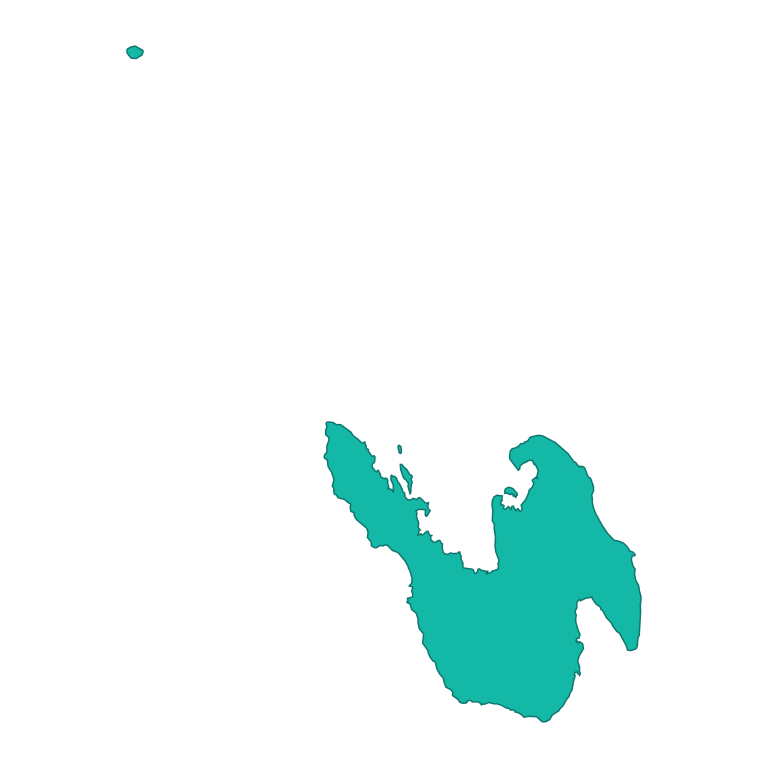 Kota Sabang, Aceh, Indonesia (Robinson projection)
{"feature_id": "22746128B78398648082643", "entity_name": "Kota Sabang", "entity_type": "district", "adm_level": 2, "iso_a3": "IDN", "parent_name": "Indonesia", "parent_adm1": "Aceh", "projection": "robinson", "projection_center": [95.289, 5.924], "detail": "fine", "context": "isolated", "style": "filled", "palette": "teal", "viewbox_px": 768, "rotation_deg": 0, "n_neighbors": 0, "source": "geoboundaries", "source_scale": "gbopen_adm2", "svg_char_len": 6125}
<svg xmlns="http://www.w3.org/2000/svg" viewBox="0 0 768 768"><path d="M492.3,520.6L494.4,524.8L494.2,528.4L495.5,537.4L495.0,545.4L495.8,551.8L498.8,559.7L498.8,562.1L497.8,563.7L498.6,565.6L497.9,568.9L496.4,570.0L492.6,570.9L491.0,572.5L488.7,573.3L487.3,573.1L487.3,571.9L487.9,571.6L487.6,571.1L486.9,571.5L487.0,573.9L486.6,574.0L486.7,572.5L485.2,571.0L481.6,570.4L479.4,568.9L477.9,569.3L477.4,571.6L475.7,573.6L474.3,572.9L473.4,570.0L472.6,569.3L463.4,567.9L462.8,567.0L463.0,563.5L461.0,559.0L461.2,556.5L460.2,554.4L459.8,552.0L458.9,552.0L457.4,553.4L452.8,553.6L450.7,552.9L447.7,554.5L444.2,553.6L442.8,551.3L442.2,546.9L442.4,543.9L441.1,542.9L440.0,540.6L438.4,540.4L435.0,542.4L433.3,542.0L430.8,539.6L430.7,535.9L431.9,535.5L431.7,534.8L431.7,535.4L430.6,535.8L429.7,535.2L428.0,531.3L426.5,531.5L423.0,534.8L421.3,534.9L420.9,533.7L417.1,535.7L418.7,534.0L418.5,531.2L420.3,530.2L418.3,527.6L418.6,522.4L417.3,519.6L416.4,515.5L417.0,513.7L416.0,510.8L419.4,509.3L425.4,509.7L425.3,515.3L426.1,516.2L427.0,516.0L430.2,510.6L428.8,509.5L427.5,506.0L428.4,504.0L428.4,502.6L426.9,503.2L425.3,502.8L419.8,497.6L418.2,498.0L416.4,499.8L413.4,498.3L410.4,500.0L407.5,499.7L405.0,496.8L404.6,493.0L402.8,491.7L402.0,488.8L399.4,483.6L397.9,482.0L396.3,477.9L394.4,476.3L392.6,476.5L391.7,475.2L391.0,475.8L391.0,479.8L393.2,484.7L393.5,491.8L392.5,491.4L391.9,489.7L389.9,489.0L389.5,488.3L387.9,488.8L388.6,486.0L387.5,482.9L387.8,480.6L387.0,478.8L386.1,478.1L384.2,478.7L380.7,476.9L380.4,474.6L378.4,470.3L377.1,470.9L376.7,471.9L375.9,471.8L372.6,467.7L371.9,464.6L374.6,462.0L375.0,456.9L374.0,455.7L372.5,456.2L371.6,455.9L368.5,451.3L368.2,449.4L366.2,448.5L366.2,445.9L365.3,444.5L364.9,442.1L364.3,442.0L362.8,443.2L361.9,443.0L357.4,438.8L353.1,435.7L351.1,432.3L340.7,424.7L336.3,424.6L333.1,422.5L328.8,422.0L327.1,422.1L326.1,423.1L326.8,427.3L325.6,430.6L325.8,434.8L328.5,437.0L329.0,440.2L326.9,445.8L326.9,452.2L324.7,454.7L324.2,457.1L324.5,458.0L327.3,460.0L328.2,466.8L331.5,472.0L333.6,478.3L333.8,480.4L332.3,486.1L334.2,488.6L333.7,490.2L334.3,494.1L336.3,494.9L338.2,497.8L344.4,499.4L348.3,502.7L350.8,503.9L350.1,507.3L350.9,511.4L354.0,512.7L354.4,516.2L356.8,519.9L366.9,528.4L368.1,532.6L367.4,537.4L371.2,542.0L371.4,545.8L374.4,547.6L376.2,547.8L380.3,545.4L382.7,545.9L385.5,544.9L387.5,545.4L392.5,550.5L398.2,552.6L405.3,561.3L408.0,566.2L408.6,568.7L409.9,570.5L412.1,578.4L411.7,583.1L409.3,586.0L412.4,586.9L412.7,587.5L411.7,591.1L412.8,594.5L412.7,596.0L411.9,597.2L407.4,598.4L408.0,601.0L406.9,601.9L407.0,602.5L410.0,603.8L411.7,609.5L416.2,613.2L418.1,619.0L418.0,622.4L419.2,628.5L423.6,634.1L422.7,643.2L427.7,650.2L428.4,653.3L430.3,657.5L433.0,661.0L435.3,662.0L436.7,668.1L439.3,673.5L443.4,678.3L444.1,682.3L446.1,687.3L450.9,689.7L452.8,692.1L452.6,695.6L458.3,699.6L459.5,701.9L460.5,702.6L463.6,703.4L466.3,702.8L467.0,702.4L467.4,700.7L469.0,700.4L470.9,700.6L472.4,701.9L477.5,701.8L480.0,702.9L481.4,704.8L482.5,704.1L484.8,704.1L488.8,702.5L494.4,703.9L496.3,703.7L501.0,705.0L506.8,708.2L509.0,708.3L510.4,710.0L513.3,709.9L515.2,711.1L515.1,712.0L517.7,712.5L520.9,714.2L524.1,717.2L528.3,716.3L536.6,716.7L541.8,721.5L543.9,721.9L546.3,721.5L549.6,719.6L552.3,715.0L558.8,710.8L559.6,709.2L563.1,705.6L566.3,699.9L569.3,695.9L569.7,693.7L572.1,689.7L573.4,681.6L574.8,677.2L575.0,675.3L574.3,674.2L575.0,672.4L577.0,671.8L577.6,673.6L578.3,673.4L579.6,675.3L580.4,673.7L579.4,671.2L579.6,667.0L577.7,661.2L579.0,656.3L583.5,648.4L582.6,643.9L579.9,641.8L578.2,643.1L577.9,641.5L577.1,641.1L576.5,642.0L576.0,641.4L576.5,638.8L579.0,638.1L580.0,634.2L578.2,630.4L576.0,622.9L575.6,618.7L576.3,615.2L575.1,612.3L575.5,610.2L576.8,608.0L576.8,602.2L579.4,599.6L579.9,599.4L580.5,600.7L585.6,598.3L590.9,597.3L591.2,596.8L592.4,597.3L592.2,598.6L596.3,604.3L600.4,607.1L601.0,609.6L601.9,609.8L603.5,611.9L606.7,618.0L610.9,622.3L613.0,626.3L616.6,631.2L619.6,633.4L625.9,644.9L627.6,650.1L630.7,650.6L635.4,649.1L636.6,647.9L637.3,645.9L637.9,638.0L639.2,635.5L640.6,611.6L640.3,603.2L640.8,602.6L641.0,596.5L639.3,590.6L638.8,586.5L638.0,584.1L636.3,581.7L635.3,578.5L634.5,573.5L635.1,569.1L633.0,566.2L631.3,559.7L632.1,555.8L634.4,555.8L635.2,554.9L633.1,552.2L629.9,551.1L627.7,547.4L623.9,543.4L619.6,541.4L614.0,540.2L607.5,533.3L602.2,525.5L595.6,513.5L593.5,508.0L592.4,503.0L592.3,498.3L591.7,495.0L593.5,490.9L593.5,486.6L590.8,478.9L590.1,477.9L589.0,477.7L587.9,476.1L584.5,467.6L582.4,466.4L580.9,466.9L580.2,466.2L579.6,466.7L577.6,465.2L575.4,462.1L574.1,462.1L567.9,453.5L555.3,442.6L542.7,435.9L538.1,435.3L530.9,437.0L529.7,437.9L527.7,441.1L524.9,442.0L523.0,443.8L520.9,443.6L518.2,446.5L515.0,448.1L512.2,448.7L510.3,450.9L509.6,456.5L509.9,459.1L518.3,470.3L519.7,469.0L520.0,466.0L524.4,462.3L524.9,462.8L527.6,461.2L527.5,460.6L532.5,460.3L533.3,462.9L534.4,464.7L535.3,464.2L537.9,469.9L538.1,471.7L536.8,476.7L537.6,478.4L536.4,478.2L535.9,477.3L532.5,479.9L532.4,480.9L533.7,483.2L532.6,486.9L529.2,490.1L528.1,494.4L525.4,500.0L521.2,505.0L522.1,509.5L520.1,511.7L518.1,508.7L517.3,508.9L516.5,510.7L515.9,510.8L513.1,506.0L511.7,506.6L511.0,509.4L508.4,506.5L505.2,509.5L504.5,509.3L503.6,508.4L504.0,505.7L502.7,504.9L501.2,504.8L500.8,501.7L502.3,500.5L501.7,498.6L502.3,495.9L496.7,495.3L493.9,497.1L492.4,500.4L492.0,505.4L492.8,510.2L492.3,520.6ZM136.3,58.5L142.0,54.9L143.1,51.9L142.9,50.4L135.1,46.1L130.7,47.1L127.1,49.3L127.0,52.4L128.4,54.9L131.3,58.2L136.3,58.5ZM410.2,475.1L406.5,469.2L404.5,467.7L401.7,464.4L400.3,464.4L400.6,469.2L403.0,476.6L404.2,478.7L406.0,479.8L407.4,482.2L408.5,482.7L408.0,486.1L410.0,493.7L410.7,492.9L411.2,484.9L412.2,482.4L410.8,478.5L412.1,477.6L412.0,476.2L411.6,475.2L410.2,475.1ZM509.8,487.4L508.0,487.4L505.4,489.1L504.8,490.4L504.9,493.4L506.3,493.1L510.4,494.6L511.6,493.4L512.1,494.6L513.5,494.4L514.1,495.0L513.3,495.1L513.3,496.1L514.8,496.3L515.7,497.4L517.3,494.8L517.1,493.4L512.9,488.6L509.8,487.4ZM400.5,453.4L401.2,453.0L401.5,451.7L400.8,446.5L398.9,445.3L398.1,446.1L398.3,448.6L399.2,452.7L400.5,453.4Z" fill="#14b8a6" stroke="#0f766e" stroke-width="1.5"/></svg>